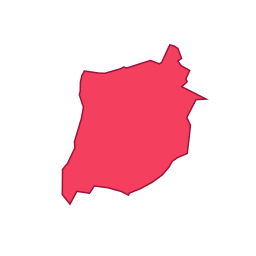 outline of Dogondoutchi, Dosso, Niger, rotated 206°
{"feature_id": "23599985B71800364259973", "entity_name": "Dogondoutchi", "entity_type": "district", "adm_level": 2, "iso_a3": "NER", "parent_name": "Niger", "parent_adm1": "Dosso", "projection": "orthographic", "projection_center": [4.132, 13.975], "detail": "fine", "context": "isolated", "style": "filled", "palette": "rose", "viewbox_px": 256, "rotation_deg": 206, "n_neighbors": 0, "source": "geoboundaries", "source_scale": "gbopen_adm2", "svg_char_len": 772}
<svg xmlns="http://www.w3.org/2000/svg" viewBox="0 0 256 256"><g transform="rotate(206 128 128)"><path d="M95.1,195.6L97.5,197.3L97.8,206.8L107.4,207.3L112.7,210.1L110.3,214.0L118.1,221.4L122.4,221.9L126.9,221.0L126.5,201.6L128.0,199.4L137.4,198.6L155.5,181.3L158.7,180.9L160.1,178.5L172.8,167.0L178.2,164.6L192.2,160.1L192.4,154.9L191.0,148.6L187.0,140.0L186.3,136.5L177.2,127.2L174.0,116.0L173.1,110.3L170.1,92.1L167.0,87.0L166.8,69.8L168.7,62.1L157.9,39.4L146.8,34.1L146.2,48.6L134.0,52.5L132.8,61.2L119.1,65.7L112.3,66.8L106.6,68.0L98.1,67.9L98.2,70.1L90.0,79.2L82.3,90.1L76.6,100.9L74.1,110.5L73.6,117.5L70.4,123.3L63.6,131.1L69.3,147.4L73.1,157.9L79.8,163.2L79.3,183.3L70.5,188.2L97.8,188.7L95.1,195.6Z" fill="#f43f5e" stroke="#9f1239" stroke-width="1.5"/></g></svg>